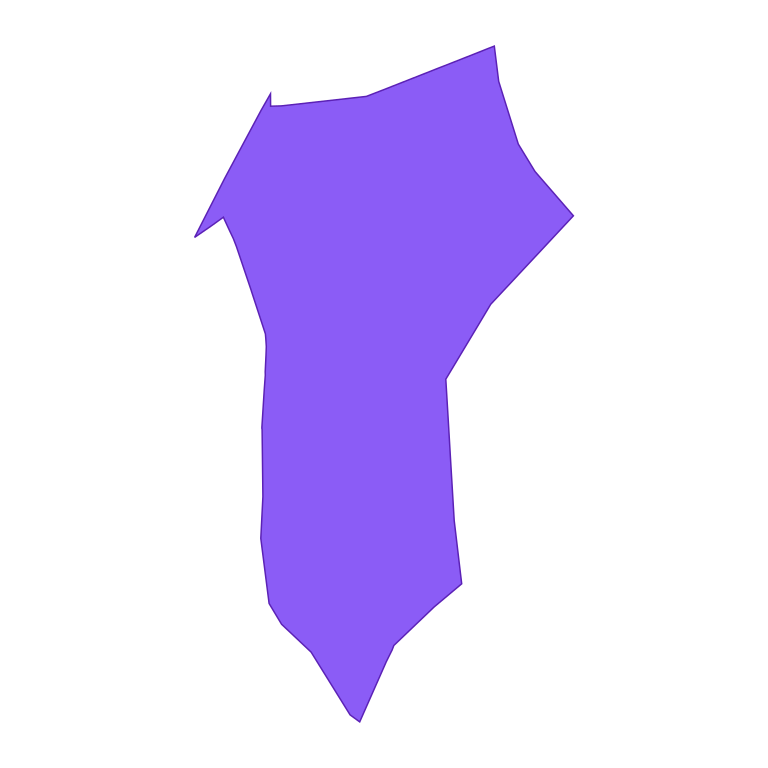 Santiago Apoala, Oaxaca, Mexico
{"feature_id": "50627088B45537020444974", "entity_name": "Santiago Apoala", "entity_type": "district", "adm_level": 2, "iso_a3": "MEX", "parent_name": "Mexico", "parent_adm1": "Oaxaca", "projection": "albers", "projection_center": [-97.14, 17.639], "detail": "fine", "context": "isolated", "style": "filled", "palette": "violet", "viewbox_px": 768, "rotation_deg": 0, "n_neighbors": 0, "source": "geoboundaries", "source_scale": "gbopen_adm2", "svg_char_len": 897}
<svg xmlns="http://www.w3.org/2000/svg" viewBox="0 0 768 768"><path d="M194.6,237.4L211.0,226.1L223.4,217.2L225.0,220.8L229.4,230.3L233.3,238.5L236.4,246.5L251.3,290.7L251.4,291.1L265.4,333.9L265.8,338.6L266.3,346.6L266.0,355.2L265.2,371.9L265.3,375.2L264.3,388.9L261.9,427.1L261.9,428.4L262.1,429.5L262.9,496.7L260.8,538.4L269.1,603.5L281.6,624.3L311.1,652.1L350.1,714.9L359.7,721.9L385.9,662.6L386.0,662.3L391.4,651.4L392.0,650.3L393.4,646.6L393.6,646.1L393.8,645.5L434.3,606.8L461.7,583.8L454.2,520.5L450.8,463.7L448.3,421.0L445.8,379.2L476.9,327.4L490.7,304.3L541.2,250.3L573.4,215.8L535.0,171.5L518.3,144.1L498.7,81.4L494.3,46.1L489.7,47.9L489.1,48.1L486.6,49.1L486.1,49.3L484.4,50.0L483.9,50.2L442.6,66.5L439.2,67.8L391.8,86.5L391.5,86.6L391.1,86.8L366.4,96.4L281.2,105.9L270.6,106.2L270.5,93.8L261.1,110.3L224.7,178.3L194.6,237.4Z" fill="#8b5cf6" stroke="#5b21b6" stroke-width="1.5"/></svg>